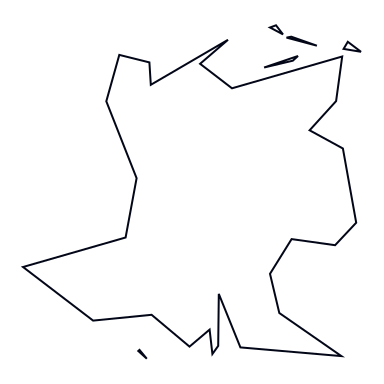 outline of Matanzas
{"feature_id": "CUB-1430", "entity_name": "Matanzas", "entity_type": "Province", "adm_level": 1, "iso_a3": "CUB", "parent_name": "Cuba", "parent_adm1": "", "projection": "equal_earth", "projection_center": [-81.101, 22.655], "detail": "coarse", "context": "isolated", "style": "outline", "palette": "ink", "viewbox_px": 384, "rotation_deg": 0, "n_neighbors": 0, "source": "natural_earth", "source_scale": "10m", "svg_char_len": 694}
<svg xmlns="http://www.w3.org/2000/svg" viewBox="0 0 384 384"><path d="M119.3,54.9L149.4,62.4L150.8,84.8L228.0,39.8L200.1,63.8L232.0,88.3L342.2,56.5L336.1,101.1L309.6,130.3L342.9,148.5L356.2,222.7L335.1,245.2L291.6,239.1L270.0,273.8L279.3,313.0L341.4,356.1L240.4,347.4L218.8,293.9L218.2,345.9L212.4,354.0L209.6,329.6L189.5,346.6L151.6,314.8L93.1,320.6L23.0,267.0L125.6,237.5L136.6,178.2L106.3,101.3L119.3,54.9ZM264.1,67.5L298.0,56.0L292.8,60.7L264.1,67.5ZM347.8,41.8L361.0,51.8L343.6,48.9L347.8,41.8ZM291.3,36.7L316.9,45.7L286.5,37.6L291.3,36.7ZM276.0,25.3L283.0,34.4L270.0,27.5L276.0,25.3ZM139.5,349.9L146.8,358.7L138.3,351.0L139.5,349.9Z" fill="none" stroke="#020617" stroke-width="2"/></svg>